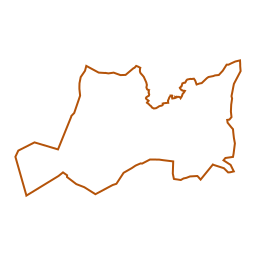 Afijio, Oyo, Nigeria (Robinson projection)
{"feature_id": "59680162B11241948791785", "entity_name": "Afijio", "entity_type": "district", "adm_level": 2, "iso_a3": "NGA", "parent_name": "Nigeria", "parent_adm1": "Oyo", "projection": "robinson", "projection_center": [3.925, 7.738], "detail": "fine", "context": "isolated", "style": "outline", "palette": "amber", "viewbox_px": 256, "rotation_deg": 0, "n_neighbors": 0, "source": "geoboundaries", "source_scale": "gbopen_adm2", "svg_char_len": 4097}
<svg xmlns="http://www.w3.org/2000/svg" viewBox="0 0 256 256"><path d="M34.5,142.4L18.3,150.6L15.4,156.8L26.3,195.1L26.4,195.6L58.5,176.0L63.0,172.4L67.1,175.3L67.0,177.0L76.3,184.1L84.3,187.2L95.4,194.2L112.7,185.0L116.4,183.8L123.6,172.8L131.8,168.1L135.4,165.7L136.4,165.2L140.6,163.4L142.1,163.6L150.0,159.5L159.2,159.6L163.3,160.2L173.2,161.4L172.8,173.6L173.9,178.9L174.0,179.0L180.8,180.0L183.6,178.4L183.8,178.4L186.5,177.8L190.1,176.4L190.8,176.4L197.3,176.0L197.9,176.5L200.6,179.6L212.9,164.5L213.6,164.9L223.9,168.2L228.1,172.4L230.0,172.3L233.8,171.4L230.6,164.9L223.5,160.3L225.4,158.0L233.0,156.9L233.6,153.5L234.9,143.4L233.9,137.9L233.3,132.7L233.0,129.2L230.9,126.8L227.6,122.7L227.5,122.0L227.2,119.9L229.4,119.6L231.5,117.1L230.9,111.6L231.2,104.7L232.1,98.5L231.5,96.2L231.6,95.6L232.3,92.2L233.4,86.4L233.9,83.9L240.3,71.7L240.6,71.1L240.2,66.0L240.2,64.1L240.0,60.4L235.3,61.5L231.1,63.4L228.5,64.7L226.6,64.7L222.8,70.7L218.8,75.0L215.0,75.4L213.2,76.1L212.1,76.3L208.5,77.0L206.8,78.2L201.7,83.1L199.5,83.5L196.6,84.5L196.1,83.2L195.5,81.3L194.9,80.1L193.9,78.7L193.0,78.8L192.6,78.9L191.8,79.0L191.0,79.0L190.8,78.9L190.5,78.9L189.7,79.0L188.9,79.2L187.9,79.4L187.3,79.5L186.9,79.9L186.3,80.5L186.0,81.1L185.8,81.7L185.5,82.1L185.2,82.6L184.9,82.8L184.7,82.7L184.3,82.7L184.2,82.7L183.8,82.8L183.7,82.9L183.4,83.0L183.2,83.1L182.8,83.2L182.6,83.3L182.4,83.4L182.4,83.5L182.2,83.9L182.2,84.1L182.1,84.4L182.1,84.5L182.0,84.8L181.9,85.1L181.9,85.3L181.8,85.5L181.7,85.8L181.7,86.0L181.5,86.3L181.4,86.3L181.2,86.4L181.2,86.5L181.0,86.8L180.9,86.9L180.7,86.9L180.6,87.0L180.4,87.3L180.2,87.6L179.9,87.7L179.8,87.8L180.1,88.4L180.3,88.6L180.5,88.9L180.6,89.0L180.9,89.5L181.2,89.8L181.8,90.0L182.0,90.2L182.2,90.3L182.3,90.5L182.5,90.5L182.8,90.7L183.0,90.7L183.4,90.8L184.0,90.7L184.5,90.8L184.9,90.9L184.0,92.4L182.6,94.0L181.8,96.4L180.6,98.2L180.1,97.2L179.8,97.1L179.6,97.1L179.3,97.1L179.0,96.9L178.7,96.9L178.4,96.9L178.0,96.9L177.6,96.9L177.2,96.9L176.9,96.8L176.8,97.1L176.6,97.4L176.4,97.3L176.2,97.3L176.0,97.2L175.8,97.1L175.5,97.0L175.6,97.3L175.6,97.5L175.4,97.6L175.2,97.6L175.2,97.8L175.1,98.0L174.8,98.1L174.7,98.1L174.2,98.2L173.4,98.3L172.9,98.4L172.3,98.5L172.1,97.8L172.0,97.0L172.0,96.4L172.3,95.8L172.2,95.6L171.5,95.5L170.5,95.5L170.5,95.8L170.4,96.1L170.2,96.3L169.5,97.1L169.1,97.9L168.9,98.5L168.8,98.9L168.4,99.7L168.0,100.6L168.1,101.4L168.1,102.2L168.2,102.8L167.8,102.8L167.5,102.8L167.3,102.8L166.9,102.9L166.4,103.0L165.8,103.0L165.1,103.1L164.8,103.2L164.7,103.2L164.3,103.2L164.1,103.2L163.9,103.3L163.8,103.2L163.7,103.2L163.5,103.3L163.3,103.4L163.1,103.5L162.9,103.6L162.7,103.6L162.7,103.9L162.8,104.5L162.7,104.9L162.6,105.1L162.3,105.3L161.9,105.5L161.5,105.7L160.2,105.9L158.9,106.4L157.8,107.2L156.0,108.2L153.8,108.5L151.8,107.4L151.7,107.0L150.7,105.8L149.8,105.3L148.9,104.2L146.9,102.7L147.0,102.5L147.4,102.1L147.9,101.6L148.4,101.1L148.6,100.8L148.3,100.6L148.0,100.4L147.8,100.1L147.6,99.9L146.9,99.5L146.6,99.3L146.0,98.4L145.9,98.1L146.2,97.6L146.3,97.4L146.5,97.1L146.9,96.9L147.3,96.6L147.5,96.5L147.8,96.3L147.9,96.2L148.0,96.2L148.3,96.1L148.5,96.0L148.8,95.8L148.9,95.6L149.0,95.4L149.0,95.2L149.1,94.9L149.2,94.6L149.2,94.4L149.1,94.0L148.9,93.6L148.9,93.4L148.8,93.2L148.7,93.0L148.7,92.8L148.6,92.7L148.6,92.3L148.6,92.1L148.6,91.9L148.7,91.7L148.8,91.7L148.8,91.2L148.7,90.9L148.7,90.6L148.8,90.4L148.7,90.4L148.5,90.2L148.4,90.1L148.4,89.9L148.1,89.9L147.9,89.8L147.5,89.6L147.2,89.4L146.8,88.6L146.8,88.4L146.6,88.0L146.4,87.2L146.6,86.7L146.6,86.2L146.7,85.8L146.8,85.4L146.9,85.1L146.8,84.4L146.7,84.3L146.3,82.5L143.8,76.9L142.0,74.7L141.9,74.7L141.2,73.9L140.6,73.2L140.4,72.8L140.1,72.1L139.9,71.2L139.9,70.4L139.9,70.1L139.9,69.9L140.0,69.4L140.0,68.7L140.3,67.8L138.0,66.6L136.2,65.9L134.5,67.8L133.5,68.2L126.4,74.2L125.6,74.9L120.5,75.1L113.8,72.7L113.1,72.7L112.6,72.8L108.4,73.4L105.3,72.9L105.1,73.0L98.7,72.6L86.3,65.9L85.0,70.8L80.7,77.1L79.5,83.2L79.4,86.7L79.4,88.9L80.1,95.5L80.0,96.0L74.2,113.0L71.4,115.9L71.1,117.0L58.0,149.4L34.5,142.4Z" fill="none" stroke="#b45309" stroke-width="2"/></svg>